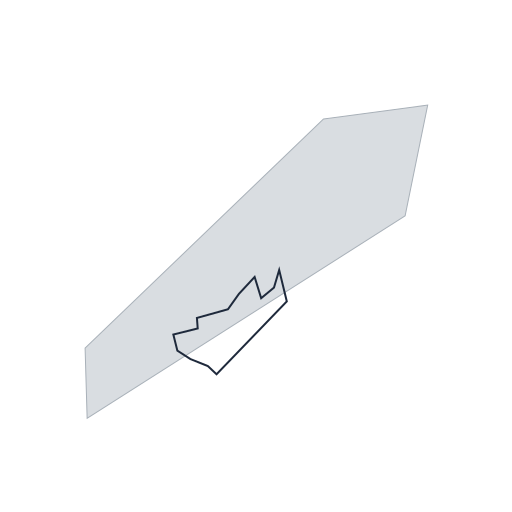 location of Blowing Point within Anguilla, rotated 346°
{"feature_id": "AIA-5114", "entity_name": "Blowing Point", "entity_type": "District", "adm_level": 1, "iso_a3": "AIA", "parent_name": "Anguilla", "parent_adm1": "", "projection": "mercator", "projection_center": [-63.087, 18.194], "detail": "fine", "context": "in_parent", "style": "outline", "palette": "slate", "viewbox_px": 512, "rotation_deg": 346, "n_neighbors": 0, "source": "natural_earth", "source_scale": "10m", "svg_char_len": 478}
<svg xmlns="http://www.w3.org/2000/svg" viewBox="0 0 512 512"><g transform="rotate(346 256 256)"><path d="M410.4,253.1L52.9,372.6L67.9,304.0L354.6,139.4L459.1,151.1L410.4,253.1Z" fill="#d9dde1" stroke="#a8b0b8" stroke-width="1"/><path d="M274.9,307.5L189.1,361.2L182.7,351.2L167.5,340.2L156.8,328.8L156.8,312.2L181.9,312.2L183.7,301.8L215.9,300.9L230.3,288.6L249.6,276.0L250.8,298.2L265.8,291.0L275.1,275.2L274.9,307.5Z" fill="none" stroke="#1e293b" stroke-width="2"/></g></svg>